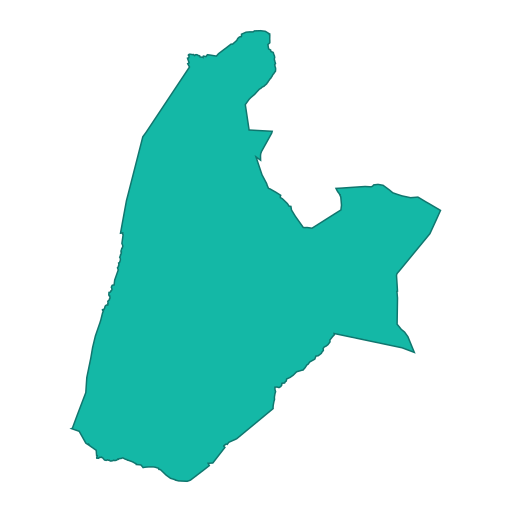 Atarjea, Guanajuato, Mexico
{"feature_id": "50627088B98903395743063", "entity_name": "Atarjea", "entity_type": "district", "adm_level": 2, "iso_a3": "MEX", "parent_name": "Mexico", "parent_adm1": "Guanajuato", "projection": "natural_earth1", "projection_center": [-99.815, 21.277], "detail": "fine", "context": "isolated", "style": "filled", "palette": "teal", "viewbox_px": 512, "rotation_deg": 0, "n_neighbors": 0, "source": "geoboundaries", "source_scale": "gbopen_adm2", "svg_char_len": 5710}
<svg xmlns="http://www.w3.org/2000/svg" viewBox="0 0 512 512"><path d="M71.5,428.6L79.2,431.3L85.8,443.1L87.7,444.4L88.2,444.1L88.5,444.0L89.0,444.5L88.7,445.0L96.2,450.3L96.6,455.5L97.3,455.6L96.9,457.2L96.7,457.3L96.8,458.2L98.7,458.3L98.8,457.8L99.9,457.2L101.0,457.5L101.5,457.1L102.5,457.8L103.1,458.3L103.9,459.3L104.5,460.0L106.2,460.4L106.9,460.1L107.4,459.8L108.3,460.3L109.1,460.1L109.9,460.8L110.3,460.9L110.9,461.1L111.3,460.9L111.7,460.9L112.4,460.8L112.9,460.6L113.5,460.3L113.8,460.2L114.0,460.3L114.1,460.5L114.3,460.5L115.2,460.5L116.2,460.3L116.8,459.9L117.0,459.8L117.8,459.5L118.2,459.4L118.0,459.0L118.4,458.9L119.0,458.7L119.7,458.6L120.3,458.5L121.0,458.5L121.9,458.2L122.2,458.0L122.5,457.9L123.1,458.0L125.3,459.2L126.5,459.5L127.4,460.1L127.5,460.0L132.0,461.6L132.7,462.0L133.0,462.0L133.4,462.3L134.6,463.0L134.9,463.2L135.5,463.4L136.0,463.6L136.2,464.5L139.8,464.8L140.8,464.9L141.7,465.9L142.0,466.2L143.1,467.6L143.8,467.4L146.0,467.1L147.5,467.0L148.9,466.9L149.4,466.9L153.2,466.9L154.6,467.1L155.2,467.2L158.6,468.3L158.9,469.4L160.4,469.6L166.1,475.1L170.5,478.3L175.4,479.8L175.4,480.1L178.6,480.9L187.1,481.3L188.4,480.9L190.5,480.1L204.6,469.3L209.3,465.6L208.1,463.3L212.8,463.0L224.9,447.4L223.8,446.3L223.9,446.1L223.9,445.6L224.9,445.0L224.9,444.9L225.8,444.2L226.6,444.1L227.2,444.4L228.8,442.3L236.6,438.8L273.1,408.6L273.0,408.2L273.2,405.5L273.9,401.6L274.5,399.6L274.4,397.1L275.0,393.5L275.6,391.7L275.0,389.6L274.9,387.2L277.0,387.0L279.0,387.6L280.7,386.6L281.7,385.2L281.9,383.3L282.1,383.2L284.2,383.1L284.8,382.8L285.2,381.8L286.3,381.0L286.6,379.0L290.1,377.4L293.1,375.3L296.6,371.8L302.0,370.2L303.0,370.1L305.1,367.7L306.8,365.0L308.1,364.2L309.7,362.0L314.8,359.1L315.9,356.1L318.1,355.8L319.9,354.5L321.4,353.3L321.9,352.1L322.5,351.6L323.4,350.2L323.1,348.5L324.4,346.8L325.8,346.3L327.9,344.7L330.0,341.9L329.9,340.0L332.6,336.6L334.4,334.7L334.1,333.5L402.1,347.8L414.3,352.4L407.9,336.7L404.6,332.1L401.3,329.4L397.1,324.2L397.5,297.9L397.3,295.9L397.3,295.7L397.0,292.5L396.8,291.4L397.5,291.2L396.5,275.4L396.9,273.8L397.8,272.6L398.8,271.5L429.9,233.7L436.6,219.1L440.5,210.4L428.8,203.5L426.1,202.0L420.8,198.8L417.9,197.1L410.5,197.7L407.3,197.0L402.1,195.9L397.7,194.5L392.8,192.8L389.2,189.8L383.1,185.3L379.8,184.7L378.0,184.4L373.7,184.9L372.9,185.8L372.5,186.3L371.0,186.8L370.4,186.8L365.1,186.5L357.4,187.0L350.0,187.5L341.5,188.1L336.0,188.4L337.1,190.6L338.0,192.1L338.7,192.9L339.6,194.3L339.8,194.8L340.1,194.8L340.0,195.2L340.8,197.1L341.5,205.2L340.9,210.0L337.3,212.2L312.0,228.2L307.1,227.5L304.9,227.6L303.3,227.5L295.2,216.1L291.5,210.0L290.9,206.4L289.1,206.2L287.4,203.6L283.7,200.0L282.3,198.7L280.4,197.6L280.4,197.2L280.3,196.5L280.5,196.0L280.7,195.3L275.8,192.2L269.8,188.8L269.2,188.7L268.7,188.4L268.5,188.2L268.4,188.2L268.3,187.9L268.1,187.5L267.4,185.8L267.3,185.7L267.1,185.3L267.1,185.0L266.6,183.5L262.0,174.8L256.0,156.9L260.6,160.2L260.5,155.9L260.7,153.8L261.5,151.5L266.9,141.8L271.7,133.1L272.2,131.3L249.1,130.0L245.3,104.6L249.1,99.3L250.9,97.5L254.8,94.2L257.1,91.6L258.8,89.8L259.4,89.1L260.8,88.4L261.9,87.3L262.6,86.9L264.1,86.2L264.6,85.6L265.7,84.7L266.8,83.7L267.0,83.2L268.0,82.0L268.2,81.5L269.0,80.4L270.2,78.7L270.3,78.7L270.9,78.1L271.3,77.2L271.8,76.7L273.0,74.4L273.6,73.9L274.8,72.0L275.4,71.5L275.6,69.9L275.6,68.1L275.1,66.7L274.7,64.4L275.5,63.7L275.3,62.8L275.0,62.1L274.7,60.6L274.4,60.1L274.4,59.6L274.4,58.4L274.7,57.4L274.4,55.8L273.7,54.2L273.5,53.5L273.4,52.9L273.3,52.7L273.0,52.3L272.5,52.1L271.0,51.6L270.8,51.1L270.7,50.1L269.7,49.5L268.6,48.9L267.9,44.5L269.8,42.8L269.8,40.4L269.7,39.2L269.8,35.0L269.3,34.6L269.7,34.0L265.3,31.3L260.6,30.7L254.5,30.9L253.0,31.9L249.3,31.9L246.0,32.2L241.5,34.2L241.5,36.3L241.2,36.7L240.4,36.7L239.4,37.0L238.8,37.5L238.1,38.1L237.4,39.1L236.8,40.4L232.5,44.2L231.1,44.1L218.5,53.7L216.4,56.1L210.4,55.1L207.4,54.7L206.0,56.6L203.4,56.1L203.1,57.2L202.9,56.9L202.7,57.2L202.2,57.3L201.3,57.1L200.5,57.0L200.0,56.9L199.9,56.7L199.8,56.4L199.7,56.1L199.7,55.9L199.0,55.6L198.2,55.6L198.0,55.4L197.8,55.1L197.4,54.9L196.7,54.7L196.1,54.7L195.7,54.7L195.4,54.9L195.3,55.0L195.0,55.3L194.8,55.5L194.7,55.6L194.4,55.6L194.2,55.3L193.8,54.7L193.5,54.5L193.3,54.5L192.8,54.6L192.4,54.6L192.0,54.5L191.2,54.4L190.6,54.3L190.2,54.2L189.6,54.2L189.2,54.3L188.8,54.6L188.4,54.9L188.2,55.1L187.9,55.2L187.7,55.2L187.8,55.2L188.4,55.3L188.8,55.5L189.1,55.6L189.0,56.3L188.8,57.6L188.5,57.9L187.5,58.2L189.1,62.8L187.7,63.7L189.5,67.0L146.1,132.3L142.8,136.8L140.2,147.0L129.1,190.4L128.1,194.3L126.5,200.4L123.3,217.8L120.5,233.2L122.7,232.9L122.6,234.0L123.1,234.8L121.9,243.4L122.7,245.4L122.8,246.3L122.2,248.2L121.8,248.3L121.3,250.1L121.0,250.9L121.0,251.7L121.4,252.0L121.1,252.4L121.3,253.1L120.6,255.1L120.5,254.9L120.4,255.1L120.4,255.7L120.2,256.1L119.7,257.3L120.1,257.8L120.4,259.1L120.3,260.4L119.5,262.6L118.6,263.0L118.9,264.7L118.7,265.3L118.7,265.5L118.4,266.0L118.5,266.3L118.3,266.8L117.5,267.6L117.7,268.6L118.3,269.8L114.7,280.0L114.1,284.9L112.4,285.2L112.2,285.3L112.0,285.6L111.3,287.3L111.7,288.0L112.0,289.4L111.6,290.3L111.0,290.7L111.1,291.0L110.4,291.9L110.2,292.2L109.0,292.4L108.8,294.9L109.1,295.7L109.5,295.7L109.7,295.8L109.8,296.5L110.0,298.0L109.6,298.9L109.4,299.0L109.3,299.3L109.4,299.8L109.0,300.2L108.0,301.0L107.8,301.4L108.1,303.3L108.0,303.5L107.8,303.6L107.9,304.9L107.1,305.2L106.5,305.0L105.4,305.8L105.0,306.6L104.6,308.1L104.5,308.3L104.3,309.0L104.1,309.2L102.6,309.6L102.4,309.8L102.8,310.6L103.2,311.1L103.3,311.1L102.5,313.1L100.8,320.0L100.1,322.3L95.4,335.9L92.6,347.5L90.8,358.1L86.8,377.5L85.8,392.6L77.2,415.2L72.4,428.2L71.5,428.6Z" fill="#14b8a6" stroke="#0f766e" stroke-width="1.5"/></svg>